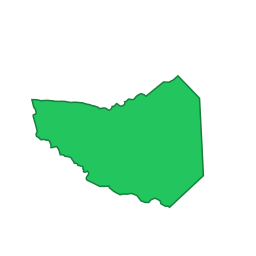 the district of Nkue, Kié-Ntem, Equatorial Guinea, rotated 47°
{"feature_id": "11065452B3926826010895", "entity_name": "Nkue", "entity_type": "district", "adm_level": 2, "iso_a3": "GNQ", "parent_name": "Equatorial Guinea", "parent_adm1": "Kié-Ntem", "projection": "orthographic", "projection_center": [10.46, 2.021], "detail": "fine", "context": "isolated", "style": "filled", "palette": "green", "viewbox_px": 256, "rotation_deg": 47, "n_neighbors": 0, "source": "geoboundaries", "source_scale": "gbopen_adm2", "svg_char_len": 4029}
<svg xmlns="http://www.w3.org/2000/svg" viewBox="0 0 256 256"><g transform="rotate(47 128 128)"><path d="M214.3,151.8L214.3,129.6L214.3,128.3L214.3,105.4L187.6,82.8L187.2,82.5L155.0,55.4L125.3,55.9L123.9,55.9L123.8,61.7L122.4,66.9L118.6,70.6L117.0,93.2L116.0,93.4L115.9,93.4L114.9,93.5L113.2,94.2L111.8,95.1L111.3,96.3L110.8,98.0L110.6,100.0L110.6,100.9L110.7,102.1L111.0,102.9L111.0,103.2L111.0,103.4L110.8,104.5L110.6,104.8L110.5,105.1L110.4,105.2L109.4,106.1L107.5,107.6L107.2,108.1L107.3,109.3L107.3,110.7L107.3,110.9L107.2,111.2L106.9,112.0L106.7,112.3L106.8,112.3L107.0,112.5L108.2,114.2L108.3,114.3L108.3,114.5L108.3,114.8L108.3,115.9L108.2,116.0L107.7,117.7L107.6,117.9L107.5,118.1L107.4,118.2L107.2,118.3L107.0,118.5L105.2,119.1L104.8,119.2L104.0,119.2L102.8,119.5L102.5,119.5L102.3,120.0L102.4,121.4L102.7,122.4L102.7,122.6L102.7,122.8L102.6,123.0L102.5,123.4L101.9,124.2L101.8,124.3L101.5,124.7L101.4,124.8L102.0,125.7L102.0,125.8L102.5,127.1L102.5,127.3L102.5,127.5L102.4,129.0L102.4,129.3L102.2,129.6L102.0,129.8L101.9,129.9L101.7,130.0L99.9,130.5L98.9,130.6L98.0,131.0L97.1,131.8L96.6,132.3L96.2,133.1L96.0,133.3L95.4,134.1L94.7,135.1L94.6,135.3L94.4,135.5L94.0,135.6L93.8,135.7L92.8,135.7L92.0,135.9L91.1,136.5L89.8,137.1L88.9,137.7L88.2,138.1L86.9,139.1L86.7,139.2L86.6,139.3L85.0,140.0L84.1,140.6L83.3,141.2L82.0,142.2L81.9,142.2L80.8,142.9L79.8,143.5L79.7,143.6L78.3,144.2L77.5,145.1L77.4,145.2L77.4,145.3L76.0,146.4L74.1,148.1L71.9,150.4L71.0,151.7L70.9,151.8L69.8,152.8L69.7,152.9L68.2,154.1L65.7,155.9L64.7,156.7L63.8,157.8L63.7,158.0L62.6,158.8L61.8,160.0L61.7,160.2L61.6,160.3L59.4,162.3L58.5,163.4L58.3,163.5L58.1,163.7L57.0,164.3L55.1,166.1L53.1,167.8L48.2,173.5L47.8,173.7L46.4,174.5L44.2,176.3L41.7,178.9L48.2,182.6L48.6,182.7L48.8,182.7L49.5,182.9L50.3,182.9L50.6,182.9L50.9,183.0L51.9,183.4L52.0,183.4L52.1,183.5L52.9,184.0L53.7,184.5L53.9,184.6L54.0,184.7L54.4,185.2L54.5,185.2L54.5,185.3L54.6,185.5L54.7,185.8L54.7,186.1L54.7,186.4L54.6,186.5L53.9,188.1L53.9,188.5L54.2,188.8L55.1,189.6L56.7,190.2L56.7,190.3L56.8,190.3L58.6,191.4L60.8,192.4L63.9,194.1L65.2,194.7L65.3,194.7L65.3,194.8L67.7,196.2L67.8,196.3L68.0,196.4L68.9,197.2L68.9,197.3L69.0,197.5L69.2,197.8L69.4,198.8L69.7,199.4L70.4,199.9L71.3,200.3L71.8,200.6L72.6,200.3L74.3,199.8L74.6,199.8L74.9,199.8L75.0,199.9L75.3,200.0L75.7,199.9L76.4,199.7L76.5,199.7L77.4,199.6L77.5,199.5L77.5,199.4L78.1,198.4L78.3,198.1L79.9,196.6L80.0,196.5L80.2,196.4L80.4,196.3L80.5,196.3L80.5,196.2L81.2,196.1L81.6,195.6L82.2,194.9L82.3,194.8L82.5,194.6L82.9,194.5L83.1,194.5L84.2,194.4L84.4,194.5L84.7,194.5L85.8,195.1L87.3,195.6L87.5,195.7L88.5,196.3L88.7,196.5L88.9,196.7L89.5,197.5L89.7,197.8L89.9,197.8L90.5,196.9L91.4,195.3L92.2,193.9L92.3,193.8L92.3,193.7L92.7,193.3L92.7,193.2L93.0,193.1L93.2,192.9L93.5,192.9L93.8,192.8L95.9,193.2L95.9,193.3L96.0,193.3L97.2,193.6L97.4,193.7L97.5,193.7L98.3,194.1L98.5,194.3L98.7,194.5L99.5,194.8L100.3,195.2L100.7,195.5L101.4,195.6L101.5,195.7L101.7,195.4L101.8,195.2L102.5,194.4L102.8,194.2L103.8,193.6L104.1,193.6L104.3,193.5L105.7,193.4L106.3,192.9L108.7,190.9L108.8,190.9L110.0,190.2L110.3,190.1L110.6,190.1L111.9,190.1L112.1,190.2L113.3,190.5L114.5,190.5L114.9,190.6L115.9,190.9L116.0,190.9L116.7,191.2L117.4,191.2L117.7,190.8L118.1,190.4L118.5,189.9L118.8,189.8L119.0,189.6L119.3,189.6L119.6,189.6L120.4,189.8L120.5,189.8L120.7,190.0L121.0,190.1L124.8,187.7L125.3,187.6L126.5,187.9L127.1,188.9L127.8,188.7L128.1,188.7L128.6,189.2L129.0,189.8L129.4,190.3L130.0,190.3L130.8,189.9L131.1,189.4L131.6,188.3L131.6,187.4L131.8,187.5L132.7,187.2L133.3,187.2L134.4,187.7L135.2,189.0L135.1,189.8L135.6,191.7L136.1,192.5L136.7,193.2L137.4,193.4L138.1,193.4L138.6,193.4L139.3,193.1L140.7,192.5L151.5,188.4L155.1,184.5L157.4,181.6L159.2,182.4L164.8,181.6L169.8,179.9L170.0,179.8L171.4,179.3L173.4,176.0L175.7,173.9L178.3,170.0L183.5,167.5L190.1,168.2L194.1,166.3L196.6,163.6L196.2,159.7L198.0,155.9L202.9,154.2L206.0,155.6L210.5,154.1L212.7,151.8L214.3,151.8Z" fill="#22c55e" stroke="#15803d" stroke-width="1.5"/></g></svg>